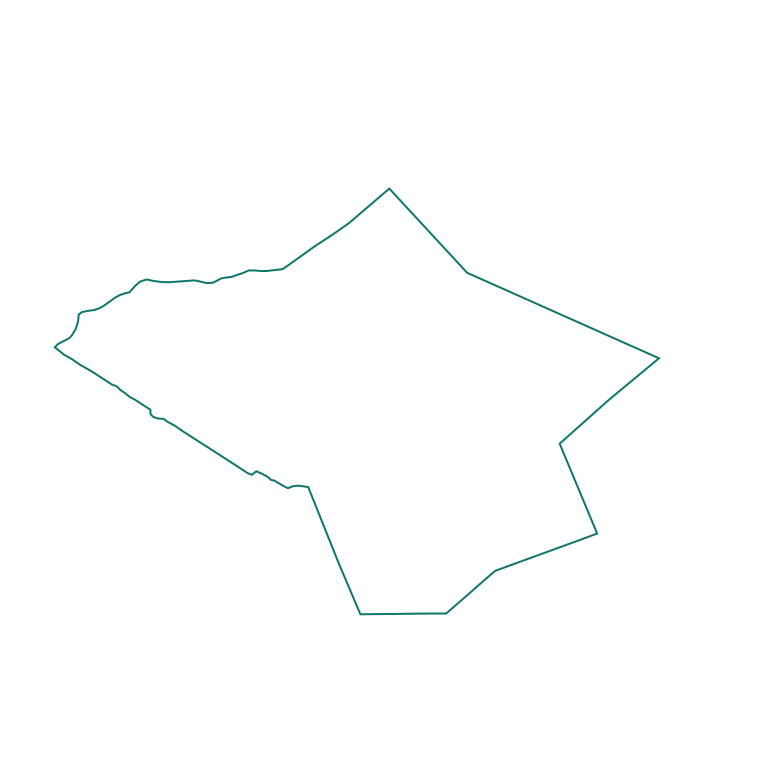 Santa Luzia do Paruá, Maranhão, Brazil, rotated 49°
{"feature_id": "56859067B5284280093105", "entity_name": "Santa Luzia do Paruá", "entity_type": "district", "adm_level": 2, "iso_a3": "BRA", "parent_name": "Brazil", "parent_adm1": "Maranhão", "projection": "natural_earth1", "projection_center": [-45.86, -2.528], "detail": "fine", "context": "isolated", "style": "outline", "palette": "teal", "viewbox_px": 768, "rotation_deg": 49, "n_neighbors": 0, "source": "geoboundaries", "source_scale": "gbopen_adm2", "svg_char_len": 1341}
<svg xmlns="http://www.w3.org/2000/svg" viewBox="0 0 768 768"><g transform="rotate(49 384 384)"><path d="M140.4,608.4L152.5,606.1L161.2,603.0L170.4,600.7L183.5,596.1L189.1,594.5L205.6,589.8L210.8,587.1L215.6,586.9L221.0,585.4L227.0,584.4L231.7,582.5L250.2,577.2L253.5,580.0L257.4,579.7L261.4,577.6L265.7,573.2L270.3,572.2L278.3,569.2L282.4,568.2L287.5,566.9L344.5,550.3L362.3,545.2L365.8,543.3L366.1,537.6L371.4,535.1L378.1,532.6L382.2,532.2L385.2,530.1L395.7,526.5L399.7,524.8L401.1,520.4L404.3,515.6L407.9,512.4L412.0,508.8L490.2,536.0L542.3,552.9L565.8,525.3L572.7,517.2L581.7,506.5L598.0,487.7L598.0,453.9L597.9,441.3L597.9,427.1L598.0,422.6L605.3,403.4L633.0,331.1L634.8,326.2L636.7,321.3L631.4,319.5L544.3,290.6L543.5,224.4L545.0,159.6L354.6,248.3L240.0,251.8L239.6,304.8L237.5,324.8L234.6,346.4L230.9,385.0L221.9,398.2L218.7,402.0L213.6,407.0L209.6,411.5L207.6,417.9L202.9,429.2L200.4,432.8L197.5,437.6L195.4,446.6L191.7,451.4L188.9,453.5L185.9,455.6L181.5,459.0L172.6,470.9L165.8,479.9L161.5,484.6L154.1,491.1L149.5,494.4L146.7,500.9L146.7,507.4L147.8,515.8L145.5,520.2L143.6,525.0L142.4,530.2L141.1,544.5L140.0,549.4L138.0,554.2L134.1,560.2L131.5,564.9L131.3,568.9L135.1,572.8L137.5,576.0L140.2,580.6L142.4,587.1L142.9,590.9L142.2,595.0L141.1,598.8L139.9,604.3L140.4,608.4Z" fill="none" stroke="#0f766e" stroke-width="2"/></g></svg>